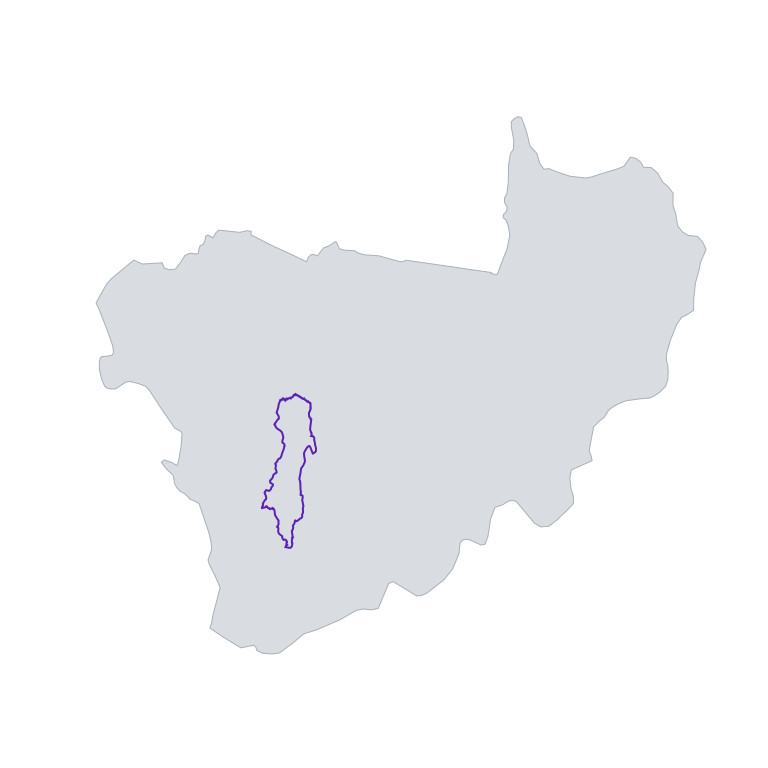 location of Namentenga, Namentenga, Burkina Faso, rotated 189°
{"feature_id": "67063806B10845212636131", "entity_name": "Namentenga", "entity_type": "district", "adm_level": 2, "iso_a3": "BFA", "parent_name": "Burkina Faso", "parent_adm1": "Namentenga", "projection": "equal_earth", "projection_center": [-0.49, 13.239], "detail": "fine", "context": "in_parent", "style": "outline", "palette": "violet", "viewbox_px": 768, "rotation_deg": 189, "n_neighbors": 0, "source": "geoboundaries", "source_scale": "gbopen_adm2", "svg_char_len": 9072}
<svg xmlns="http://www.w3.org/2000/svg" viewBox="0 0 768 768"><g transform="rotate(189 384 384)"><path d="M569.6,510.2L550.3,511.2L543.2,514.0L539.0,514.0L538.8,511.7L538.3,510.3L513.9,502.5L496.8,497.8L479.5,492.6L478.5,497.5L476.0,500.6L472.3,500.8L469.7,500.1L467.9,503.8L465.1,508.7L461.1,511.1L457.1,514.2L454.9,516.8L453.3,516.9L449.3,510.6L444.1,510.0L434.2,511.0L429.8,509.3L423.7,508.5L409.4,509.8L386.6,507.2L382.9,508.6L381.9,509.7L359.3,510.0L334.4,510.4L313.6,510.6L295.4,510.9L295.4,509.8L289.5,509.7L288.9,511.8L283.6,537.0L283.0,550.7L285.8,559.2L288.8,564.6L292.3,566.9L292.6,570.0L289.9,573.9L290.1,578.0L293.3,582.1L294.1,586.5L292.4,591.1L292.8,602.2L295.2,619.8L295.2,631.2L292.9,636.4L294.0,645.2L298.5,657.8L299.2,663.1L297.6,665.6L293.9,668.9L290.1,668.8L285.7,661.2L283.8,657.7L280.3,650.0L277.3,642.3L273.2,638.9L269.2,635.7L264.4,625.9L259.6,621.2L254.7,622.5L247.4,620.7L232.8,618.3L217.0,619.0L210.5,621.3L204.0,624.8L187.6,632.7L181.1,636.6L176.2,646.5L170.6,646.3L165.0,643.1L161.6,638.6L154.1,639.6L146.9,635.3L140.0,626.7L134.9,623.9L128.3,617.7L126.6,605.9L122.5,597.6L118.7,586.2L113.1,581.0L106.6,578.3L97.5,578.8L91.6,574.2L87.0,567.5L88.3,561.7L90.4,553.5L90.7,545.5L92.2,532.6L91.4,516.5L89.8,505.2L94.8,500.5L100.6,496.3L104.2,488.7L108.1,471.5L109.7,456.7L108.6,451.2L106.7,446.9L105.2,440.5L104.4,432.7L105.5,425.9L109.9,419.6L115.4,414.3L119.2,411.8L129.5,409.2L142.4,405.3L149.8,400.9L155.2,396.4L158.2,392.9L161.3,385.7L166.3,380.1L170.2,374.5L170.8,358.8L170.8,349.9L168.0,345.0L166.5,340.8L185.5,328.5L185.7,319.9L183.1,310.3L179.4,302.5L178.1,295.8L183.4,287.9L188.1,282.0L191.5,277.0L199.0,269.3L206.8,267.3L213.8,270.2L234.4,288.2L238.0,289.4L242.4,288.0L247.9,283.3L255.0,279.5L257.6,267.5L257.5,249.7L259.1,241.6L262.9,240.1L274.8,243.5L277.9,243.7L281.3,242.6L283.9,239.4L283.8,233.7L283.3,228.7L287.2,212.2L294.3,199.8L308.7,184.4L313.2,181.3L318.4,179.7L344.1,190.3L348.2,187.7L354.6,161.4L361.5,158.9L369.9,158.4L375.3,156.2L378.1,154.4L390.4,144.4L411.9,130.8L423.5,125.0L425.8,122.8L434.1,113.2L445.1,102.1L452.1,99.9L461.7,99.1L467.8,100.9L469.5,104.1L471.5,105.7L484.1,101.0L502.2,108.4L517.9,115.8L516.9,120.4L516.8,128.7L515.5,141.7L514.0,157.3L520.4,167.4L528.2,178.3L530.3,182.6L528.3,193.3L529.7,199.6L533.8,210.0L540.8,223.3L548.0,237.0L552.9,238.8L557.7,239.9L560.5,242.4L564.7,244.8L568.9,246.3L572.5,249.3L574.9,252.3L577.9,260.7L586.0,266.3L591.6,271.8L589.4,274.6L582.3,273.5L575.7,271.1L574.9,275.1L574.6,290.6L575.7,303.6L577.2,305.3L583.9,307.7L599.8,324.5L614.2,340.4L619.0,344.5L627.0,346.1L635.9,346.7L639.7,345.2L648.3,337.2L652.9,336.4L657.1,336.6L659.4,337.9L663.6,344.4L667.5,354.3L668.6,361.6L668.2,365.5L666.9,366.9L659.9,368.8L656.8,370.3L656.1,372.4L657.2,377.3L658.6,380.5L666.3,394.8L677.6,414.0L681.0,418.9L679.1,424.7L673.4,439.7L669.2,446.0L650.5,467.2L641.3,464.7L622.0,469.0L619.1,464.1L614.6,463.5L609.0,464.3L607.0,466.2L606.3,468.3L604.4,471.2L600.8,479.7L598.0,481.8L594.6,483.1L590.4,482.9L587.9,484.0L587.9,488.2L587.2,491.9L584.3,493.7L583.2,497.8L583.4,501.8L581.7,503.6L578.1,502.6L575.9,501.5L573.9,506.7L571.4,510.2L569.6,510.2Z" fill="#d9dde1" stroke="#a8b0b8" stroke-width="1"/><path d="M484.3,256.6L483.5,255.8L483.2,254.8L482.6,253.7L482.5,253.4L482.6,252.3L482.5,251.8L482.6,251.5L482.8,251.3L483.1,251.1L483.6,250.5L483.8,249.8L484.4,248.7L484.4,248.0L484.8,247.4L484.9,247.0L484.8,246.9L484.9,246.6L484.8,246.0L484.6,245.7L484.4,245.1L484.9,244.4L484.9,244.0L485.3,243.2L485.3,242.7L485.2,242.4L484.8,242.4L484.4,242.7L483.4,243.0L482.0,243.6L481.5,244.2L481.1,244.9L480.9,245.0L480.5,244.7L480.2,244.1L479.4,243.8L479.1,243.3L477.9,243.4L477.5,242.8L477.0,242.5L476.0,243.1L475.6,243.5L475.4,243.6L474.7,243.3L474.6,244.0L473.4,243.5L473.0,242.9L472.3,241.7L471.7,239.7L471.5,238.6L470.7,236.9L469.7,236.0L469.1,235.0L466.8,232.7L466.7,232.4L466.8,231.5L466.5,230.6L466.2,229.1L466.3,228.5L466.8,227.4L466.8,227.2L467.3,226.2L466.9,226.0L466.4,226.0L466.2,225.9L465.8,225.2L465.5,222.2L465.1,221.1L464.7,220.3L464.3,219.8L462.6,218.7L460.8,217.9L460.6,217.7L460.6,217.4L460.6,216.7L460.5,216.3L460.2,215.9L459.9,215.3L459.2,214.6L458.8,214.4L458.5,214.3L457.7,214.9L456.5,214.7L456.3,214.6L456.0,213.9L455.2,213.2L455.0,212.7L455.1,212.3L455.5,211.7L455.4,210.8L455.0,210.4L454.7,210.3L454.4,210.0L454.9,209.6L455.0,209.7L455.5,209.2L455.6,208.3L455.5,208.0L455.7,207.5L451.6,207.4L450.6,207.7L450.4,208.0L450.1,208.7L449.6,209.2L449.5,211.0L449.7,211.9L449.6,212.4L449.9,212.5L450.1,212.7L450.3,213.9L450.3,214.5L450.6,215.3L450.4,216.6L450.4,216.9L450.0,218.1L450.5,218.1L450.4,218.3L450.6,218.7L450.6,219.1L450.7,220.2L451.0,221.0L451.4,222.4L451.9,223.5L451.9,224.6L451.8,225.1L451.6,225.3L451.5,225.8L451.2,226.6L451.3,227.2L451.2,228.0L451.7,229.5L451.8,229.8L451.7,230.2L451.0,231.4L450.5,233.2L450.5,233.8L450.6,234.3L450.4,235.2L450.3,235.3L449.9,235.0L449.6,234.9L448.4,235.0L447.9,235.6L447.7,235.9L447.5,236.2L447.0,236.4L446.7,236.9L446.4,237.2L445.9,237.9L445.6,238.2L445.0,238.3L444.3,239.2L444.0,240.0L444.0,240.5L444.5,241.8L444.5,242.4L444.4,242.7L444.0,243.5L443.9,244.3L444.1,246.1L444.7,248.3L444.7,249.1L444.5,250.2L444.5,250.9L446.7,256.8L446.5,258.4L446.6,259.3L446.8,260.4L447.0,260.9L447.3,261.1L447.7,261.3L448.9,261.2L449.0,261.3L449.2,262.7L449.1,264.0L449.9,266.7L450.7,270.6L450.9,271.7L451.4,274.0L451.5,274.5L452.7,276.8L452.8,277.6L452.6,281.2L452.6,287.6L452.4,288.3L451.0,290.8L450.7,292.3L450.1,294.1L450.0,295.1L450.4,297.0L451.5,300.1L452.1,302.6L452.1,303.8L451.5,305.6L451.0,307.0L450.8,307.4L450.7,307.7L450.5,308.2L450.1,309.1L449.2,310.4L448.4,311.0L447.9,311.0L447.3,310.6L447.1,310.4L446.3,309.1L445.6,307.8L445.4,307.4L443.7,304.6L443.4,304.2L442.8,304.5L441.0,306.4L440.8,306.7L440.8,307.1L441.0,309.3L441.2,310.1L442.7,313.6L443.3,315.9L444.2,317.6L444.3,319.3L444.4,319.7L445.4,320.9L446.0,321.4L446.5,321.1L447.3,321.2L447.8,321.2L447.5,321.9L447.6,322.5L447.7,323.0L447.8,323.1L447.7,324.0L448.7,324.9L448.7,325.3L449.6,326.9L449.9,327.7L450.0,328.8L450.0,330.0L450.2,331.9L450.1,332.7L450.3,336.1L450.3,337.7L451.2,337.9L451.2,338.4L451.4,339.1L452.6,339.7L452.8,340.1L452.8,340.3L453.1,341.0L453.2,342.2L453.5,342.8L453.6,343.7L453.4,344.8L452.9,345.6L452.8,346.0L452.9,347.5L452.5,348.0L452.6,348.5L452.9,349.0L452.7,349.2L453.1,350.0L453.0,350.8L453.3,351.6L453.4,352.7L453.6,352.7L453.7,353.2L453.9,353.7L454.2,353.7L454.3,354.0L454.8,354.0L455.8,354.6L456.3,354.3L456.5,354.4L456.5,354.8L457.0,354.6L457.6,355.2L457.8,355.1L458.1,355.2L459.2,356.2L459.5,356.0L460.0,356.3L460.4,356.5L461.0,356.7L461.0,357.1L461.4,356.9L461.5,356.7L461.9,356.6L462.0,356.7L461.9,356.8L462.0,357.0L462.5,357.2L462.9,357.3L463.5,357.2L464.5,358.3L465.0,358.4L465.1,358.1L465.4,358.0L465.6,358.1L465.6,358.3L465.9,358.6L466.1,358.8L466.5,358.7L467.0,359.2L467.3,359.3L467.5,359.1L467.9,359.2L468.2,359.2L468.7,359.8L469.0,359.8L469.3,359.8L469.6,359.6L469.5,360.0L469.9,360.2L470.0,359.9L469.9,359.4L470.2,359.5L470.5,359.1L471.1,359.3L471.4,359.1L471.5,358.9L471.5,358.4L471.8,358.0L471.9,357.2L472.1,357.1L472.4,356.7L473.2,356.3L473.4,355.9L474.4,355.8L474.6,355.5L474.4,355.2L474.7,355.2L475.1,355.4L475.5,355.0L475.9,354.9L476.2,354.6L476.7,354.6L476.8,354.4L476.9,353.7L477.3,353.6L477.3,353.8L477.6,353.9L477.8,353.6L478.1,353.7L478.3,353.4L478.4,353.6L478.6,353.0L478.8,353.5L479.0,353.5L479.1,353.3L479.0,353.0L479.1,352.6L479.5,352.4L479.7,352.5L479.9,352.7L479.9,353.0L480.1,353.1L480.0,353.4L480.3,353.5L480.3,353.2L480.8,353.1L480.9,353.5L481.2,353.5L481.4,353.8L481.5,353.6L481.4,353.0L481.8,352.9L482.0,352.7L482.3,353.0L482.6,352.2L482.8,352.0L483.0,352.3L483.4,352.2L483.9,352.1L484.1,351.7L484.1,351.4L483.8,351.2L484.1,350.6L484.3,349.9L484.8,347.7L484.8,344.2L485.6,339.0L484.9,338.1L483.6,336.5L482.9,335.3L482.6,334.3L482.5,333.9L482.5,333.1L483.5,332.3L483.6,332.0L484.2,330.6L484.7,329.6L484.9,329.0L485.3,328.6L485.4,328.0L485.7,327.6L485.7,327.3L485.9,326.9L485.7,326.7L485.2,326.1L484.9,326.1L484.6,325.6L484.5,325.0L483.3,323.8L481.4,322.7L479.4,321.9L477.8,320.8L477.0,319.9L475.5,316.7L475.1,315.6L475.1,314.9L475.4,312.7L475.4,311.7L475.3,310.4L474.9,310.0L473.7,309.6L473.1,309.0L472.9,308.7L472.6,307.7L472.8,307.7L472.7,305.3L473.2,302.2L473.7,300.3L474.1,297.0L474.4,295.6L474.8,294.8L475.2,294.2L476.1,293.8L476.9,292.7L477.2,292.1L477.3,290.9L478.8,288.7L479.0,288.1L478.6,287.8L478.1,287.1L478.0,286.7L478.0,283.7L477.8,283.1L477.1,282.2L476.8,281.4L476.3,280.4L476.2,280.1L476.8,279.0L477.5,278.7L477.8,278.5L478.0,278.2L478.9,277.2L479.1,276.5L479.1,276.0L479.2,274.8L479.3,274.6L479.3,274.1L479.7,273.5L479.8,273.1L480.2,272.7L480.4,272.3L480.4,272.0L481.3,271.1L481.4,270.6L481.4,270.3L481.1,269.8L481.0,269.1L480.8,268.6L478.6,267.8L478.1,267.5L478.0,267.2L477.9,266.2L478.1,265.6L478.9,264.7L479.0,264.3L479.1,263.3L479.4,262.2L480.1,261.1L480.7,260.5L481.1,260.4L481.5,260.4L482.0,260.6L482.4,260.6L482.6,260.7L483.6,260.8L484.1,260.5L484.2,259.9L484.5,259.3L484.5,259.0L484.5,258.8L484.8,258.6L485.0,258.1L484.3,256.6Z" fill="none" stroke="#5b21b6" stroke-width="2"/></g></svg>